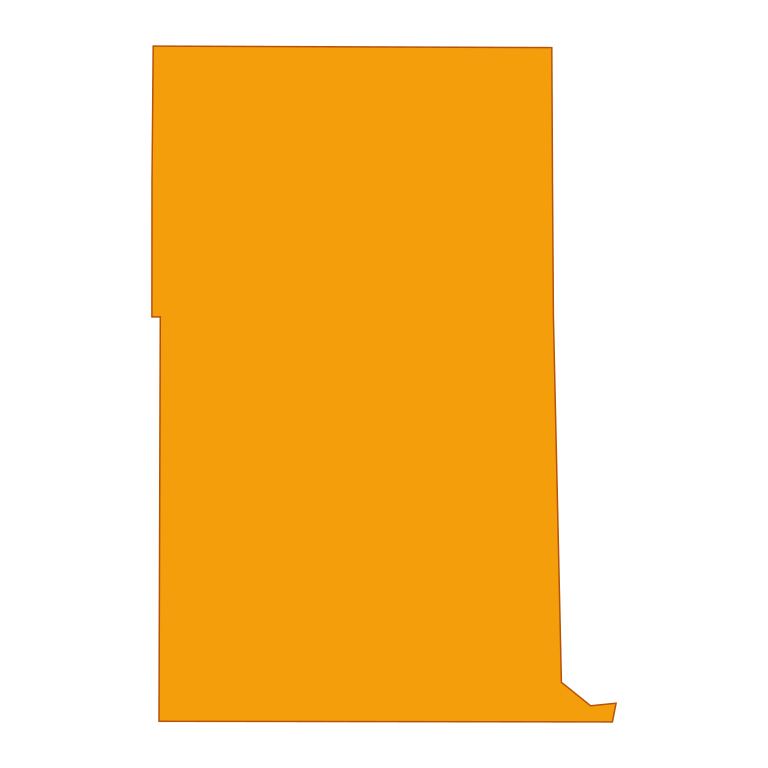 Wadena, Minnesota, United States of America (Albers equal-area conic projection)
{"feature_id": "52423323B93154946949473", "entity_name": "Wadena", "entity_type": "district", "adm_level": 2, "iso_a3": "USA", "parent_name": "United States of America", "parent_adm1": "Minnesota", "projection": "albers", "projection_center": [-94.914, 46.587], "detail": "fine", "context": "isolated", "style": "filled", "palette": "amber", "viewbox_px": 768, "rotation_deg": 0, "n_neighbors": 0, "source": "geoboundaries", "source_scale": "gbopen_adm2", "svg_char_len": 286}
<svg xmlns="http://www.w3.org/2000/svg" viewBox="0 0 768 768"><path d="M612.4,721.9L616.1,703.2L590.6,705.8L561.4,682.3L553.4,316.1L552.5,183.4L551.8,47.6L153.2,46.1L152.0,181.0L151.9,316.9L160.3,316.9L159.0,721.3L612.4,721.9Z" fill="#f59e0b" stroke="#b45309" stroke-width="1.5"/></svg>